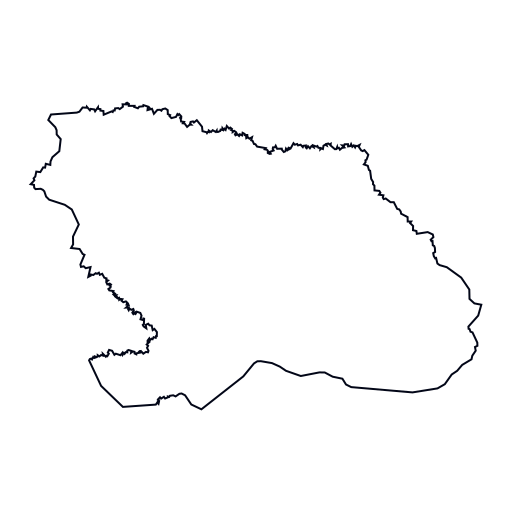 Bamnet Narong, Chaiyaphum, Thailand (Albers equal-area conic projection)
{"feature_id": "78962969B89125519314325", "entity_name": "Bamnet Narong", "entity_type": "district", "adm_level": 2, "iso_a3": "THA", "parent_name": "Thailand", "parent_adm1": "Chaiyaphum", "projection": "albers", "projection_center": [101.624, 15.47], "detail": "fine", "context": "isolated", "style": "outline", "palette": "ink", "viewbox_px": 512, "rotation_deg": 0, "n_neighbors": 0, "source": "geoboundaries", "source_scale": "gbopen_adm2", "svg_char_len": 6055}
<svg xmlns="http://www.w3.org/2000/svg" viewBox="0 0 512 512"><path d="M368.3,154.8L364.4,150.1L362.7,151.1L361.2,150.4L358.8,146.9L359.6,144.9L357.3,146.1L355.8,145.8L355.1,147.4L353.8,145.4L352.3,146.8L351.1,144.1L350.2,146.1L348.1,146.4L348.0,144.2L344.6,144.3L344.2,145.5L342.2,145.4L344.3,147.5L342.0,147.9L339.9,149.7L338.9,147.8L337.5,148.3L337.2,146.9L336.3,149.1L334.9,149.2L330.6,145.5L330.7,143.8L329.6,144.5L328.3,143.5L326.2,144.0L326.7,145.5L325.2,144.7L323.5,145.7L322.9,149.0L321.4,148.4L320.3,149.4L320.4,147.9L318.4,147.8L317.4,146.0L316.4,146.6L313.2,145.4L313.7,147.3L311.5,146.0L309.9,148.3L308.0,146.2L306.7,148.3L305.8,147.5L305.9,145.5L303.4,145.8L302.8,147.1L300.6,144.7L298.0,145.4L297.2,144.0L294.8,144.7L293.5,143.2L290.5,148.6L289.1,149.3L289.4,148.0L288.6,147.7L287.2,150.1L286.0,148.6L285.4,151.3L283.8,152.0L281.4,149.1L282.6,148.6L277.1,148.8L275.7,145.8L274.9,147.3L273.0,147.4L272.7,149.0L273.6,150.5L269.7,151.9L270.7,153.7L269.7,153.9L267.8,153.0L267.8,150.6L266.9,149.7L264.8,149.3L265.7,148.1L257.1,146.6L255.4,144.2L254.0,144.0L252.6,140.9L251.2,140.3L252.0,137.2L249.4,138.7L248.0,137.3L246.3,138.2L246.1,136.1L247.4,136.1L247.3,135.0L244.7,135.1L244.6,133.9L242.6,132.8L242.1,135.4L239.8,134.2L238.7,134.9L239.7,135.1L239.1,136.0L237.4,134.4L235.5,135.3L234.9,134.2L236.5,133.0L236.1,132.2L234.3,130.9L232.7,132.0L232.8,130.8L231.1,130.0L231.9,128.9L230.3,127.6L229.1,128.6L226.8,126.0L225.6,129.9L224.4,128.7L223.6,130.0L222.4,128.2L222.2,129.9L220.6,129.6L220.2,131.0L217.9,132.0L216.8,131.8L216.7,130.6L215.8,132.0L212.7,130.2L211.0,132.0L208.9,130.6L208.9,132.1L207.9,131.8L207.0,133.1L206.5,132.2L202.5,131.2L202.0,126.7L196.8,120.2L193.9,122.5L193.0,121.4L190.6,121.9L190.1,123.5L191.3,124.7L189.7,124.7L187.1,126.9L184.6,123.5L183.0,123.3L184.0,121.9L181.1,121.5L180.6,118.4L179.5,117.3L181.2,117.9L181.3,116.4L179.2,114.1L178.3,115.0L177.4,114.1L176.0,116.9L171.4,118.1L169.5,116.0L170.1,115.1L167.8,114.1L167.7,110.1L165.3,108.5L162.4,109.2L161.4,110.7L160.0,109.8L157.4,109.9L153.9,113.8L152.0,108.8L147.5,110.1L147.8,107.6L149.2,107.5L148.6,106.8L143.4,105.1L143.1,106.3L139.2,106.7L137.9,108.3L134.2,106.9L134.5,105.9L128.8,105.9L128.9,103.9L127.1,102.7L126.2,103.2L126.8,104.4L122.6,104.3L122.9,106.7L119.7,109.1L118.3,108.1L115.1,108.4L114.7,110.5L113.4,110.4L112.7,112.0L111.6,111.4L103.7,114.7L103.4,111.0L100.4,110.6L100.4,109.1L98.1,108.8L98.0,107.2L95.1,111.3L94.2,109.4L90.7,108.9L89.9,110.3L86.8,106.7L86.6,107.7L82.6,107.5L79.4,111.7L76.8,112.6L51.0,114.5L48.3,120.0L55.3,127.2L56.6,130.2L56.7,134.5L60.7,139.1L59.3,151.2L52.4,157.2L50.5,161.5L50.3,164.9L45.8,163.8L45.1,167.6L43.2,167.4L40.3,172.1L36.3,171.6L35.3,176.5L33.6,178.4L34.4,180.3L30.7,184.2L34.0,184.9L34.2,187.7L35.5,189.1L40.7,188.8L42.8,189.8L44.3,191.3L46.1,196.6L49.2,199.7L64.8,204.8L71.8,209.5L78.8,224.5L73.0,236.6L73.1,244.4L71.1,248.0L79.6,249.0L82.7,254.0L84.5,254.8L80.4,264.5L81.0,266.9L83.7,266.3L85.7,268.2L90.5,267.1L88.3,276.9L90.6,275.7L90.2,274.4L93.3,275.0L95.7,273.2L97.0,273.8L98.9,272.7L99.8,274.8L102.2,273.8L104.3,277.7L106.5,278.4L106.2,279.9L108.0,280.5L106.2,282.0L107.3,284.4L109.7,283.6L110.9,284.5L109.7,285.6L110.7,286.2L110.5,287.5L108.4,289.0L109.3,290.4L113.5,291.1L113.0,292.2L114.8,293.5L113.4,294.4L114.4,295.4L116.3,295.3L115.3,296.6L116.7,297.7L116.7,296.5L117.8,298.2L119.0,297.8L119.2,299.8L120.5,298.9L122.4,299.2L121.5,300.7L123.3,302.2L125.9,301.4L127.2,302.6L126.7,304.2L128.1,303.8L128.6,305.1L127.3,305.1L127.4,306.5L126.1,307.6L128.7,307.5L128.1,309.1L128.7,310.2L129.5,308.6L131.3,309.8L133.3,309.0L133.8,310.4L132.6,312.3L133.6,312.6L132.8,313.4L133.4,314.2L134.6,313.4L135.5,314.0L136.1,313.0L135.4,312.2L136.5,311.6L140.3,312.9L141.5,315.6L140.5,319.3L143.1,320.1L143.4,318.5L144.1,318.7L143.9,323.9L142.8,324.9L143.6,326.4L146.3,328.3L145.7,324.9L148.2,323.7L149.5,325.3L151.7,325.6L152.7,330.1L154.4,328.9L156.9,332.1L156.8,336.1L156.0,336.1L155.7,337.8L153.6,337.2L152.6,339.2L151.6,338.7L150.1,340.1L149.3,338.4L147.6,340.6L147.6,342.0L150.1,341.3L146.7,344.5L148.1,345.8L147.0,347.8L148.5,350.8L148.0,352.3L145.9,351.9L143.3,353.7L142.1,352.2L141.0,352.3L140.8,351.0L139.7,351.1L139.0,351.8L139.7,352.7L136.4,353.3L136.3,354.3L134.6,353.5L134.5,351.8L132.9,351.4L131.1,352.7L131.4,350.9L128.6,350.0L127.3,350.6L127.3,352.3L125.9,352.1L124.6,353.8L123.9,352.9L122.7,354.7L122.3,352.9L120.5,355.2L115.8,353.7L114.4,354.8L112.1,350.8L109.1,349.9L107.8,352.6L108.8,353.7L107.3,356.2L106.5,355.8L105.8,356.7L102.8,353.7L103.0,355.6L101.1,355.0L99.4,356.4L97.7,355.2L97.7,356.5L96.7,357.1L95.1,356.5L95.3,357.6L94.2,358.0L93.2,357.0L92.0,359.4L91.2,358.6L89.8,359.1L89.1,360.4L101.1,385.9L122.9,406.9L155.8,404.6L157.3,402.5L158.5,403.8L159.0,401.6L158.1,400.9L158.9,400.2L158.0,399.4L160.0,397.3L161.1,398.6L163.9,396.8L165.1,398.5L168.0,397.3L167.9,396.5L169.2,396.9L169.8,395.8L173.2,395.3L175.6,396.4L179.4,393.8L181.6,393.5L185.1,395.3L191.3,404.5L201.4,409.3L243.3,376.4L254.0,363.4L257.3,361.3L260.9,361.2L272.0,363.1L279.8,366.6L286.0,370.8L300.8,376.0L319.4,372.4L324.8,372.5L332.7,376.7L342.4,378.7L346.0,384.5L351.2,387.1L412.5,392.4L437.5,388.4L444.8,384.2L451.7,374.5L457.2,370.8L462.2,364.9L471.5,359.3L472.3,355.7L475.7,350.7L475.0,347.0L477.4,345.8L477.3,342.6L472.5,332.4L470.5,331.7L469.6,329.1L468.6,328.8L468.4,326.6L478.2,315.6L481.3,304.7L474.4,303.4L469.5,298.9L469.3,289.5L461.2,277.6L446.8,267.2L439.6,265.1L437.4,263.5L436.1,258.0L435.2,258.4L433.8,256.1L433.2,253.1L435.1,252.0L434.9,248.0L434.2,246.0L432.8,245.3L432.5,241.0L431.5,241.2L430.7,239.7L433.4,237.1L432.8,234.5L427.7,232.1L416.8,233.8L416.4,231.0L413.0,230.2L413.1,226.0L410.1,223.1L411.2,221.5L407.7,221.5L407.6,217.1L401.1,213.7L400.7,211.5L399.2,209.4L397.2,208.9L393.8,202.2L390.5,202.2L385.7,198.5L383.7,199.1L382.8,197.6L383.4,195.3L379.0,194.7L380.4,192.7L379.3,190.9L374.5,190.4L374.4,185.6L373.0,184.2L373.1,182.0L371.2,178.9L370.1,170.7L368.9,169.9L367.8,165.8L363.9,164.4L365.6,162.2L365.4,160.3L366.6,159.6L368.3,154.8Z" fill="none" stroke="#020617" stroke-width="2"/></svg>